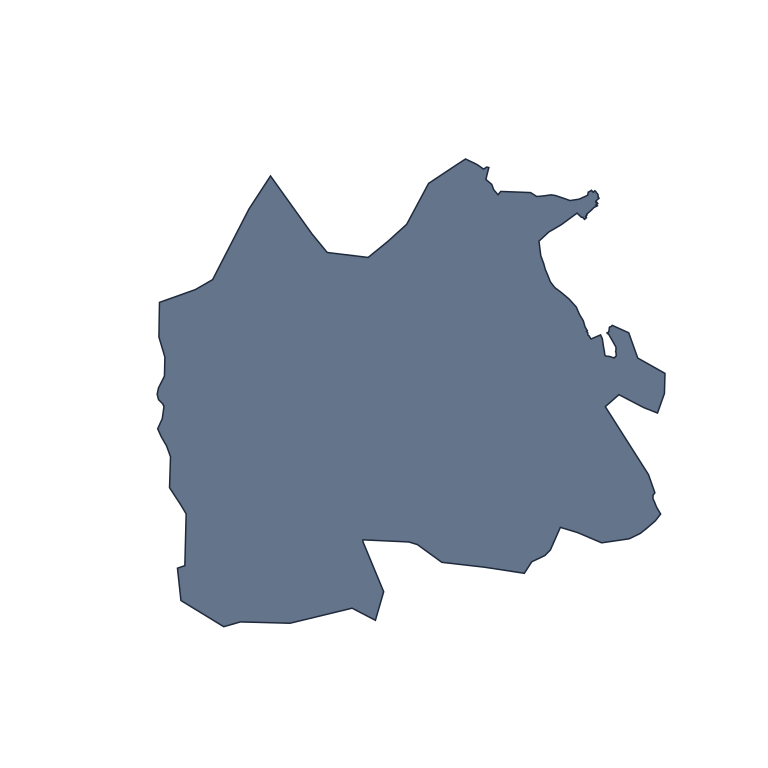 Mafa, Borno, Nigeria (orthographic projection), rotated 158°
{"feature_id": "59680162B20020413332718", "entity_name": "Mafa", "entity_type": "district", "adm_level": 2, "iso_a3": "NGA", "parent_name": "Nigeria", "parent_adm1": "Borno", "projection": "orthographic", "projection_center": [13.35, 11.959], "detail": "fine", "context": "isolated", "style": "filled", "palette": "slate", "viewbox_px": 768, "rotation_deg": 158, "n_neighbors": 0, "source": "geoboundaries", "source_scale": "gbopen_adm2", "svg_char_len": 2871}
<svg xmlns="http://www.w3.org/2000/svg" viewBox="0 0 768 768"><g transform="rotate(158 384 384)"><path d="M653.4,259.3L623.5,219.0L606.3,217.2L589.7,210.0L560.8,197.4L497.6,188.1L480.5,168.1L462.1,191.5L462.6,245.8L461.9,247.4L420.1,228.2L413.2,222.6L397.2,197.0L359.5,176.5L324.8,155.9L313.6,163.8L299.0,164.7L291.9,167.8L274.2,185.0L260.4,173.9L241.7,155.2L214.6,148.6L202.2,149.5L194.5,151.8L183.8,155.4L176.2,159.8L177.4,167.5L177.4,173.7L177.6,176.8L176.2,180.1L173.6,181.6L172.7,200.9L187.3,280.1L170.2,286.1L152.0,264.8L141.3,254.6L127.5,270.2L119.5,288.6L139.0,313.0L137.9,339.8L150.4,352.9L151.8,352.2L153.0,352.4L154.0,351.9L154.6,350.6L155.3,349.4L156.0,348.4L157.0,347.7L157.9,348.0L158.1,347.2L157.1,346.1L155.1,331.3L156.3,328.4L157.0,327.5L157.3,325.5L158.2,323.0L159.0,322.7L159.4,322.6L159.6,322.5L159.9,322.3L160.4,322.3L160.8,321.9L162.4,323.2L163.9,324.6L165.5,325.6L167.6,326.5L168.4,328.5L167.6,330.9L166.7,335.4L164.6,344.3L164.8,348.4L175.1,348.2L175.7,350.2L175.6,351.3L176.3,352.5L176.6,353.1L176.2,354.1L175.9,355.3L176.5,356.9L175.5,357.2L176.2,361.7L175.5,368.0L176.7,375.1L176.9,383.4L180.5,393.3L185.3,402.4L185.9,403.4L189.5,409.4L190.0,411.0L191.5,416.6L191.4,421.9L191.5,430.1L190.8,435.8L190.6,444.1L186.8,458.4L174.2,463.2L159.9,465.3L141.0,470.1L138.5,464.6L137.2,464.0L136.8,462.5L136.4,461.5L135.4,461.9L134.0,462.3L133.9,462.4L134.4,463.6L133.7,463.8L133.8,464.2L132.4,464.7L132.5,465.5L130.8,466.1L128.3,466.9L127.0,467.4L126.3,467.7L125.1,468.2L124.5,468.4L124.0,468.7L123.5,468.9L123.1,469.0L122.9,469.1L122.4,469.1L122.2,469.1L121.3,469.1L120.8,469.2L119.4,469.3L119.5,469.7L119.7,470.2L120.4,470.0L120.6,470.6L118.8,471.0L118.2,471.1L118.3,471.8L118.7,471.7L118.8,471.7L119.1,472.2L119.4,472.7L119.1,472.8L118.7,473.1L119.0,473.6L119.2,474.1L118.7,474.3L118.1,474.6L117.3,474.9L115.6,475.4L115.0,475.7L115.2,476.4L115.4,476.7L115.5,477.0L115.1,477.4L115.2,477.7L115.2,478.4L115.0,478.6L114.6,479.1L114.8,480.0L114.9,480.8L115.4,481.6L115.4,482.1L115.4,482.6L115.5,482.8L115.6,483.2L116.1,484.2L117.3,483.7L118.2,483.4L118.6,484.6L119.1,485.9L120.9,485.5L122.8,485.4L124.4,482.7L133.9,482.3L142.8,484.4L147.5,488.6L154.4,494.5L158.2,496.8L165.1,498.5L169.2,499.7L172.2,500.7L176.4,506.6L203.6,518.8L207.4,516.8L209.0,521.5L209.5,523.1L209.3,528.7L212.9,535.5L209.1,540.8L205.7,545.4L207.5,546.7L211.1,545.9L215.5,552.6L224.1,562.1L235.3,559.9L267.5,553.3L288.0,536.2L303.1,523.6L327.0,514.8L351.3,507.3L385.2,526.0L387.4,527.3L394.5,550.0L411.3,619.4L443.7,596.8L503.8,545.0L523.6,542.2L561.6,543.8L575.1,511.9L577.1,491.0L584.6,473.6L594.6,464.8L598.2,459.4L598.9,453.9L596.4,448.0L596.7,447.3L596.3,446.5L596.7,445.2L597.8,443.2L602.6,434.9L610.6,427.3L610.3,418.8L608.8,408.0L609.2,396.5L621.7,368.2L617.8,348.5L616.1,337.7L636.7,290.2L644.5,290.6L653.4,259.3Z" fill="#64748b" stroke="#1e293b" stroke-width="1.5"/></g></svg>